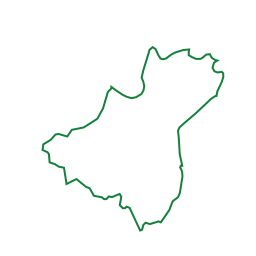 South Lanarkshire, Natural Earth projection, rotated 107°
{"feature_id": "GBR-2010", "entity_name": "South Lanarkshire", "entity_type": "Unitary District", "adm_level": 1, "iso_a3": "GBR", "parent_name": "United Kingdom", "parent_adm1": "", "projection": "natural_earth1", "projection_center": [-3.869, 55.56], "detail": "fine", "context": "isolated", "style": "outline", "palette": "green", "viewbox_px": 256, "rotation_deg": 107, "n_neighbors": 0, "source": "natural_earth", "source_scale": "10m", "svg_char_len": 1359}
<svg xmlns="http://www.w3.org/2000/svg" viewBox="0 0 256 256"><g transform="rotate(107 128 128)"><path d="M99.4,157.8L95.1,155.5L93.6,155.9L95.5,150.5L97.8,142.9L98.5,138.6L98.5,133.5L96.2,129.3L91.6,125.1L87.6,124.2L83.3,124.7L79.4,126.8L75.8,129.7L68.9,130.2L56.7,130.2L51.1,130.2L46.8,130.2L43.5,128.1L44.5,124.7L49.8,120.0L52.1,117.1L52.1,114.9L50.5,112.0L45.8,108.6L42.2,105.2L37.3,98.0L35.0,92.5L37.6,92.1L40.6,91.2L41.5,87.6L42.0,82.9L40.6,78.7L38.6,77.0L34.9,74.6L33.5,71.3L34.7,70.2L36.5,68.1L37.4,64.8L37.4,62.3L37.9,62.8L40.4,64.8L45.7,64.8L48.5,61.9L48.7,58.6L46.9,54.8L47.8,53.0L51.3,51.8L56.8,51.8L66.7,53.3L71.5,52.8L71.5,53.4L75.7,57.0L93.8,67.3L106.4,75.3L112.3,78.9L115.8,79.4L123.5,76.2L137.8,70.9L148.3,65.1L148.8,66.5L150.4,66.6L153.7,63.6L158.2,61.8L175.0,59.4L179.6,60.0L185.1,63.9L194.4,64.5L208.6,69.0L208.4,71.4L213.5,79.0L213.4,83.5L216.3,85.0L221.2,84.8L222.5,86.4L203.9,103.1L203.6,106.3L205.6,107.4L206.2,109.5L204.2,113.3L195.8,114.3L193.5,116.7L198.7,123.0L199.1,126.3L202.3,127.9L203.0,130.0L201.9,132.9L202.8,140.7L196.8,147.1L196.6,150.9L191.9,162.4L199.5,170.4L184.7,177.6L185.2,183.0L183.9,187.4L183.8,192.9L176.1,196.0L174.7,197.8L174.0,203.3L168.4,204.2L162.0,198.5L155.4,195.4L154.0,192.6L153.9,183.6L146.2,181.2L140.4,170.5L128.1,160.0L116.5,157.6L99.4,157.8Z" fill="none" stroke="#15803d" stroke-width="2"/></g></svg>